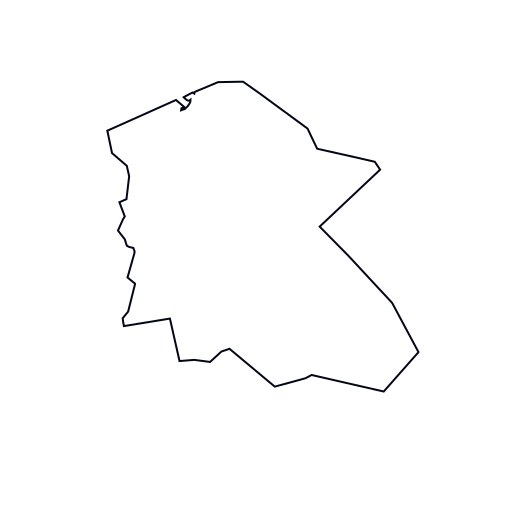 Granados, Sonora, Mexico, rotated 334°
{"feature_id": "50627088B73920432154329", "entity_name": "Granados", "entity_type": "district", "adm_level": 2, "iso_a3": "MEX", "parent_name": "Mexico", "parent_adm1": "Sonora", "projection": "albers", "projection_center": [-109.323, 29.751], "detail": "fine", "context": "isolated", "style": "outline", "palette": "ink", "viewbox_px": 512, "rotation_deg": 334, "n_neighbors": 0, "source": "geoboundaries", "source_scale": "gbopen_adm2", "svg_char_len": 1305}
<svg xmlns="http://www.w3.org/2000/svg" viewBox="0 0 512 512"><g transform="rotate(334 256 256)"><path d="M177.2,127.7L176.9,128.8L164.5,148.1L156.8,147.8L155.4,162.9L152.7,164.6L143.1,172.6L145.4,183.5L144.4,190.1L145.8,192.1L149.3,195.0L148.9,198.6L148.0,200.1L131.1,219.0L135.1,227.7L134.9,228.3L116.7,249.9L108.9,253.5L107.5,257.6L106.6,261.1L151.2,274.5L141.2,316.9L155.0,322.3L168.3,331.1L183.0,326.7L191.5,327.8L215.6,381.6L231.6,384.7L234.8,385.3L247.1,387.6L253.8,387.3L311.4,433.8L359.5,413.8L359.9,413.5L358.9,387.1L357.8,357.9L355.5,350.1L351.9,338.4L339.3,296.8L326.1,257.5L405.4,232.8L404.1,223.4L392.5,214.0L358.0,186.4L358.1,172.5L358.2,164.1L331.0,112.3L320.8,93.7L316.4,91.6L298.1,83.1L275.5,81.8L272.6,81.7L271.7,83.0L270.5,81.2L262.4,81.5L260.6,81.6L261.1,83.1L261.6,84.2L262.1,85.3L262.3,85.6L262.5,85.9L262.7,86.2L263.0,86.5L263.4,86.8L263.6,86.9L264.0,87.0L264.7,87.0L265.6,86.8L265.0,87.9L264.7,88.4L264.1,89.1L263.2,89.7L262.3,90.3L261.8,90.6L261.6,90.7L261.2,90.9L260.7,91.2L260.4,91.4L259.8,91.6L259.3,91.8L258.3,92.1L256.6,92.3L256.6,92.6L256.4,92.6L256.1,92.6L255.8,92.6L255.5,92.5L255.2,92.5L254.8,92.4L254.2,92.4L253.8,92.3L252.6,92.2L253.7,90.6L256.8,90.6L252.5,80.7L177.3,78.2L171.7,100.4L179.4,118.3L177.2,127.7Z" fill="none" stroke="#020617" stroke-width="2"/></g></svg>